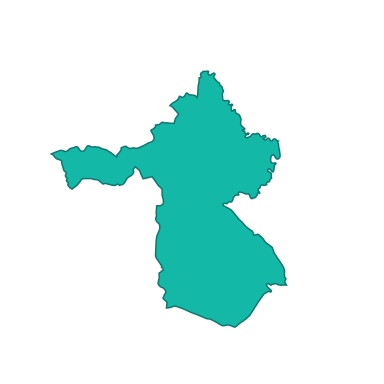 outline of Bao Loc, Lâm Đồng, Vietnam, rotated 310°
{"feature_id": "81297802B17535514855325", "entity_name": "Bao Loc", "entity_type": "district", "adm_level": 2, "iso_a3": "VNM", "parent_name": "Vietnam", "parent_adm1": "Lâm Đồng", "projection": "robinson", "projection_center": [107.813, 11.546], "detail": "fine", "context": "isolated", "style": "filled", "palette": "teal", "viewbox_px": 384, "rotation_deg": 310, "n_neighbors": 0, "source": "geoboundaries", "source_scale": "gbopen_adm2", "svg_char_len": 6091}
<svg xmlns="http://www.w3.org/2000/svg" viewBox="0 0 384 384"><g transform="rotate(310 192 192)"><path d="M86.7,247.0L89.4,249.5L92.2,251.1L93.5,252.1L94.6,254.2L96.7,259.8L99.3,269.1L101.3,274.6L104.4,284.7L106.1,287.2L106.5,288.3L108.1,295.5L108.6,299.3L109.2,301.4L110.5,302.8L113.3,304.9L114.5,307.3L115.2,309.8L116.1,311.8L118.4,312.4L122.0,312.9L129.8,315.0L132.3,315.2L134.2,315.6L150.3,313.5L159.2,312.7L160.8,312.7L162.5,313.6L164.1,313.9L165.2,314.8L166.0,316.6L166.7,316.7L167.3,316.4L167.6,315.5L167.7,311.1L168.7,308.7L169.6,308.4L170.1,308.6L170.7,309.2L171.4,312.4L171.7,312.6L173.0,312.7L174.1,313.9L175.5,314.6L176.4,317.7L177.6,320.0L178.0,320.5L179.3,321.3L179.9,322.5L180.6,323.0L181.5,324.2L182.7,320.9L183.0,320.5L185.1,320.1L185.9,319.7L186.5,317.5L188.5,315.6L191.0,313.7L192.1,312.3L193.3,310.0L194.0,308.0L198.0,294.3L201.0,289.4L201.1,287.5L200.7,281.3L201.1,279.0L201.8,276.9L202.1,275.0L202.2,270.6L202.0,269.7L200.5,268.5L199.5,268.1L198.9,267.3L200.7,263.6L200.2,257.8L200.4,253.9L201.1,249.5L201.2,246.2L203.4,234.1L203.2,231.9L201.7,224.3L202.8,223.6L203.8,223.7L205.4,226.2L208.0,226.5L209.5,228.4L209.9,228.7L212.1,228.4L213.6,227.6L215.2,227.2L217.5,227.3L219.7,229.7L220.1,229.5L220.6,228.4L221.0,228.1L222.0,228.2L222.6,228.5L223.7,230.3L225.2,234.8L226.4,235.9L226.7,236.4L226.7,237.8L225.2,240.5L225.1,241.4L225.4,242.3L226.5,242.6L227.5,243.6L229.1,244.1L230.8,244.0L233.4,243.1L234.0,243.4L234.2,244.2L234.6,244.6L235.2,244.1L235.6,241.8L236.3,240.9L236.7,240.8L238.6,241.4L240.9,240.6L241.9,240.6L242.3,241.0L243.7,243.3L245.7,244.5L246.1,243.7L247.0,243.3L248.1,243.5L249.7,244.7L251.4,243.9L253.9,244.0L254.9,242.4L256.9,241.4L257.3,239.8L256.7,236.8L257.0,236.3L257.7,235.7L258.7,235.9L259.5,236.5L259.6,237.5L259.1,240.2L259.2,240.9L259.8,241.2L261.3,240.7L265.2,238.1L267.7,238.1L267.9,237.7L267.8,237.0L266.5,236.0L265.7,234.8L265.6,233.9L265.8,233.3L266.9,231.8L268.5,230.6L270.0,229.8L271.0,229.6L272.1,229.9L272.9,230.9L272.8,231.6L271.8,234.4L271.8,235.5L272.0,236.2L272.9,236.9L275.0,237.0L276.2,236.3L277.9,234.7L279.9,232.5L281.3,230.6L282.9,228.7L283.7,228.2L284.8,226.4L285.9,225.5L286.6,225.5L286.0,223.7L286.2,222.1L285.6,220.9L284.7,220.4L282.6,220.5L281.9,219.8L282.2,218.0L282.6,217.0L282.5,216.0L281.5,215.3L279.3,215.2L278.6,214.2L278.5,213.0L278.7,212.2L279.3,212.2L280.4,213.1L281.2,213.3L281.9,212.9L282.2,212.4L282.3,211.8L281.9,211.1L281.2,210.5L280.4,210.1L279.3,209.9L278.7,209.3L278.6,208.8L279.3,207.0L279.4,205.7L279.1,204.7L278.5,204.0L276.8,203.3L276.3,201.8L275.6,201.2L274.7,200.9L272.2,201.0L271.2,200.6L269.2,199.3L268.4,198.6L268.2,197.9L268.6,196.9L269.5,196.7L270.9,197.0L272.5,198.1L273.3,198.1L273.5,197.8L273.1,196.8L271.3,196.1L271.0,195.7L271.0,195.0L272.3,193.4L272.2,192.8L271.6,192.1L271.4,191.3L271.8,190.8L272.3,190.8L273.6,191.8L274.1,192.0L274.4,191.8L274.5,187.4L274.9,186.2L275.9,185.0L279.2,182.8L279.9,181.9L280.5,180.5L281.3,179.4L281.4,177.7L280.8,176.0L280.7,174.9L281.4,173.5L282.5,172.8L282.7,172.2L281.8,171.1L279.9,171.0L279.6,170.6L279.7,170.0L280.4,169.0L282.0,167.5L283.2,167.1L284.8,167.2L284.9,166.2L282.7,164.9L282.5,163.7L283.0,163.3L284.3,163.0L285.1,162.5L285.5,161.7L285.3,160.9L282.8,158.2L282.5,157.0L282.6,156.0L284.6,154.3L285.5,153.1L287.7,151.7L288.9,151.5L289.8,151.0L290.4,149.5L291.9,147.3L291.9,144.9L293.1,142.9L292.7,140.6L293.6,135.5L294.3,134.3L296.8,134.1L297.2,133.7L297.3,133.1L297.3,132.5L296.8,132.0L293.5,131.0L292.7,130.2L292.6,129.4L292.8,128.5L293.2,128.0L294.9,127.4L294.9,126.7L291.4,122.9L289.7,122.9L289.0,122.5L288.3,122.5L287.4,123.0L286.3,125.0L285.2,125.1L284.1,124.1L281.4,126.3L277.2,128.6L270.2,133.8L267.5,135.2L267.9,133.2L267.5,131.6L264.8,127.5L264.6,124.5L264.3,124.2L263.1,124.1L261.0,124.6L259.3,124.5L258.1,123.5L257.7,121.6L257.1,120.8L255.0,121.6L253.0,121.6L251.0,121.2L247.5,119.9L244.7,119.5L243.9,119.6L244.5,120.9L244.5,122.7L243.1,131.7L237.7,132.1L235.0,133.2L233.1,134.3L230.3,130.6L229.0,128.5L227.3,126.7L226.6,124.6L225.3,124.0L222.6,123.6L219.8,121.0L219.0,121.9L218.0,122.2L215.0,121.7L213.7,120.9L212.9,120.9L212.4,121.5L210.6,126.2L210.0,127.1L209.2,128.1L207.3,129.2L204.6,128.9L201.1,126.9L196.1,125.0L190.6,122.2L189.0,120.6L188.6,119.2L185.8,116.8L184.7,115.2L184.6,112.1L184.3,111.6L180.5,109.3L178.9,110.4L178.1,110.7L175.5,110.9L172.4,110.7L170.2,111.7L170.0,104.9L169.1,99.0L167.4,95.6L166.4,91.8L165.9,90.9L165.0,90.0L164.2,88.4L162.6,87.1L162.1,86.3L161.0,83.0L159.9,82.3L159.3,82.2L154.8,82.9L154.1,82.8L153.3,82.4L152.1,80.8L151.9,79.9L152.0,79.0L152.9,76.4L152.8,75.0L152.1,73.9L150.1,73.0L146.9,70.7L143.3,70.1L142.3,69.6L141.7,69.2L140.2,65.6L139.4,64.5L133.5,61.1L130.7,59.8L131.1,61.5L131.0,62.9L130.5,64.2L130.4,66.5L130.6,67.6L131.9,70.6L132.0,71.5L131.8,72.2L129.3,75.1L126.1,80.2L125.8,80.9L126.1,82.3L125.9,83.6L123.6,84.2L122.9,84.8L122.5,85.5L122.2,87.5L121.9,87.8L120.3,88.3L119.9,88.6L119.7,89.1L119.5,91.4L118.1,92.0L117.4,92.7L116.8,96.1L117.1,98.2L123.4,99.6L128.3,99.6L130.8,99.3L131.8,99.8L132.7,100.5L137.1,105.7L139.2,109.7L140.3,111.2L140.7,112.1L140.9,113.3L140.9,118.7L142.2,119.5L143.0,120.3L146.1,126.9L146.9,128.1L148.1,129.1L150.0,129.8L150.4,130.3L150.5,132.3L151.8,132.8L152.9,134.0L155.5,134.4L159.3,133.7L161.4,133.6L162.9,133.9L165.7,134.9L167.7,135.1L168.8,134.9L169.9,134.4L171.6,132.5L174.7,132.3L174.9,136.0L174.7,138.0L174.1,139.3L173.1,140.8L170.7,146.1L178.1,151.6L175.3,162.3L175.1,166.3L174.3,167.9L170.1,171.4L167.9,174.6L166.3,176.3L164.9,177.3L163.3,177.4L162.3,177.1L161.3,176.7L158.8,173.9L158.3,174.1L153.2,177.8L150.6,180.4L150.1,180.4L149.2,180.9L148.5,181.1L147.6,182.0L146.6,184.1L146.4,187.4L145.6,188.8L144.5,189.9L142.4,191.3L135.7,193.4L132.2,195.5L120.4,204.5L119.1,205.8L118.5,207.1L115.8,216.5L114.8,216.8L114.6,218.7L114.2,219.6L113.6,220.2L113.1,220.2L111.8,219.4L110.8,219.6L108.7,218.9L105.2,222.1L100.2,224.6L99.4,226.1L99.2,227.8L99.3,229.7L100.1,231.7L99.6,234.8L99.3,235.4L98.6,236.3L98.0,236.6L95.7,236.8L94.6,237.3L92.4,237.8L91.7,238.7L91.6,243.1L91.4,243.8L86.7,247.0Z" fill="#14b8a6" stroke="#0f766e" stroke-width="1.5"/></g></svg>